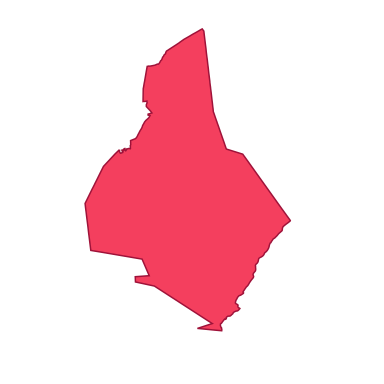 Mesones Hidalgo, Oaxaca, Mexico, rotated 229°
{"feature_id": "50627088B85326634541004", "entity_name": "Mesones Hidalgo", "entity_type": "district", "adm_level": 2, "iso_a3": "MEX", "parent_name": "Mexico", "parent_adm1": "Oaxaca", "projection": "equal_earth", "projection_center": [-98.01, 16.918], "detail": "fine", "context": "isolated", "style": "filled", "palette": "rose", "viewbox_px": 384, "rotation_deg": 229, "n_neighbors": 0, "source": "geoboundaries", "source_scale": "gbopen_adm2", "svg_char_len": 4466}
<svg xmlns="http://www.w3.org/2000/svg" viewBox="0 0 384 384"><g transform="rotate(229 192 192)"><path d="M106.0,247.5L121.7,248.9L182.7,254.7L187.3,255.1L201.9,246.1L206.7,248.0L207.1,248.2L214.4,251.1L219.9,253.3L224.8,255.3L227.7,256.4L228.1,256.6L228.3,256.7L229.4,257.1L233.9,258.9L236.3,259.9L237.6,260.4L238.5,260.7L241.3,262.7L242.7,263.6L246.0,265.9L248.4,267.5L254.2,271.5L257.8,273.9L258.9,274.7L260.6,275.8L263.0,277.4L263.9,278.1L268.2,281.0L271.2,283.0L274.9,285.6L278.2,287.8L281.8,290.3L285.0,292.4L288.4,294.7L291.2,296.7L294.8,299.1L297.9,301.2L305.7,306.5L308.4,306.7L308.8,305.0L309.2,302.7L309.9,299.2L310.6,296.0L310.7,295.4L311.3,292.0L311.7,290.0L312.5,286.0L313.0,281.0L313.0,280.3L313.5,276.5L314.1,272.2L315.1,265.2L314.6,263.9L314.5,263.7L314.0,263.1L313.7,262.8L313.8,261.5L313.7,260.7L313.1,259.5L313.1,259.3L313.0,258.2L312.4,257.3L311.7,255.8L311.6,255.6L311.6,254.7L311.6,254.4L311.2,253.4L310.8,252.4L310.6,251.4L310.5,251.0L310.5,250.6L311.3,249.7L311.7,248.3L312.0,247.3L312.3,246.8L312.9,245.7L313.6,244.5L314.1,243.5L314.5,243.1L314.6,242.9L314.9,242.4L315.5,241.9L315.7,241.4L316.2,240.6L314.3,238.2L309.4,232.2L306.7,228.9L305.3,227.1L302.9,224.2L302.0,223.0L294.3,216.1L292.4,214.4L292.1,214.9L291.2,215.9L290.2,217.6L289.4,216.9L288.8,216.7L287.8,214.7L287.5,214.5L287.4,214.4L287.1,214.2L286.8,213.8L286.3,213.6L280.5,213.8L280.0,213.8L279.5,213.7L279.1,213.7L278.8,213.6L278.0,213.6L278.7,211.7L279.3,210.6L279.6,210.0L278.9,209.3L277.2,210.4L276.4,208.3L276.3,206.6L276.3,204.1L275.9,202.0L275.2,200.3L274.6,198.4L273.7,197.0L273.1,195.7L272.2,192.7L271.2,190.3L270.7,188.9L269.8,186.9L269.3,184.5L271.1,179.4L267.8,176.7L267.4,175.7L266.9,175.4L266.6,175.3L266.5,175.2L266.2,174.8L265.3,174.2L265.2,173.7L265.6,173.6L266.4,172.7L266.6,172.4L267.2,170.9L267.3,170.9L267.3,170.7L267.2,170.5L266.9,170.3L266.9,170.2L266.6,169.1L267.1,169.1L267.3,169.1L267.7,168.7L268.0,168.8L268.4,168.7L268.5,169.1L268.5,169.4L268.8,169.5L268.9,169.8L269.0,169.7L269.1,168.6L269.2,168.4L269.1,168.2L268.9,167.8L268.7,167.8L268.8,167.4L269.4,166.9L269.6,166.5L269.2,166.5L269.0,167.0L268.7,166.8L268.5,166.5L268.1,165.8L267.8,166.4L267.4,165.9L267.3,165.6L267.7,165.0L267.6,164.6L268.2,163.4L268.4,163.4L268.5,163.5L270.0,163.7L270.5,164.4L270.8,164.4L271.0,164.5L271.3,164.5L271.5,164.4L271.2,158.8L269.4,142.0L266.8,135.7L263.7,128.3L261.9,123.9L261.6,123.3L259.6,118.3L253.5,103.8L250.2,101.5L244.5,97.7L244.4,97.6L239.8,94.5L234.4,90.9L231.5,88.9L228.6,86.9L227.4,86.1L226.9,85.8L225.9,85.1L218.6,80.2L215.8,78.3L214.3,77.3L205.0,85.0L174.1,110.3L156.9,104.8L165.3,93.6L161.2,90.3L145.7,101.9L79.4,121.0L85.5,106.6L72.6,118.8L67.8,123.4L68.4,124.1L69.3,124.7L70.0,124.9L70.2,125.2L71.4,125.2L71.9,125.6L72.6,125.8L73.1,126.3L73.8,127.0L73.8,127.6L73.6,128.0L73.7,128.5L74.0,129.6L74.5,132.1L74.7,133.2L74.6,133.5L74.1,133.5L73.9,134.0L73.9,134.5L73.9,134.8L74.3,135.1L74.6,135.2L74.7,135.5L74.9,136.2L74.8,136.8L74.7,137.2L74.7,137.7L74.1,138.4L73.4,139.4L73.3,140.6L73.4,141.9L73.3,142.6L73.6,143.5L73.9,144.2L73.8,144.8L73.7,145.6L73.5,146.2L73.2,147.2L72.6,147.9L72.3,149.1L72.4,150.2L72.6,151.7L73.1,151.7L73.7,151.4L74.2,151.2L75.1,151.3L75.8,151.7L76.0,151.9L76.1,152.0L76.3,152.2L76.3,152.4L76.9,152.6L77.8,152.3L78.9,151.9L79.7,151.9L80.2,152.4L81.3,153.9L82.1,156.2L82.3,156.5L82.5,157.1L82.7,157.8L82.8,158.6L82.9,159.1L82.8,159.4L82.7,159.9L82.5,160.3L82.2,161.1L81.9,163.2L81.8,164.2L82.0,164.7L82.4,164.7L82.8,164.7L83.3,165.4L83.7,167.0L84.2,168.7L84.4,169.6L84.7,170.7L84.7,171.7L84.8,172.8L85.3,174.4L85.9,176.1L86.3,177.8L86.5,178.1L86.5,178.5L86.6,178.9L86.8,180.1L87.0,181.4L87.3,182.4L87.8,183.1L88.2,183.3L88.8,183.5L89.7,184.0L90.0,184.4L90.4,185.3L90.6,186.5L90.8,187.9L91.1,188.5L91.9,189.4L92.7,190.0L93.4,190.5L93.9,191.0L94.8,191.5L95.2,192.1L95.5,192.9L95.5,194.2L95.7,195.3L96.3,196.5L97.0,197.4L97.6,198.2L98.0,198.8L98.0,199.3L98.0,199.7L97.9,200.3L97.8,200.7L97.7,200.9L97.6,201.2L97.5,201.9L97.3,203.2L97.4,204.5L97.7,205.5L98.2,206.4L98.4,207.3L98.3,208.9L98.5,210.3L98.8,211.4L99.3,212.8L100.1,214.2L100.9,215.2L101.7,216.5L102.2,217.6L102.1,217.9L102.0,218.3L102.5,219.4L102.7,220.3L103.1,221.8L103.3,222.7L103.0,224.3L103.1,225.2L103.2,227.1L103.4,228.4L103.7,230.1L103.7,231.8L103.7,234.3L104.0,235.1L104.8,235.9L105.4,236.6L105.7,237.1L106.1,238.1L106.1,239.8L106.0,242.1L105.8,244.3L105.8,245.2L105.7,246.1L105.7,246.9L106.0,247.5Z" fill="#f43f5e" stroke="#9f1239" stroke-width="1.5"/></g></svg>